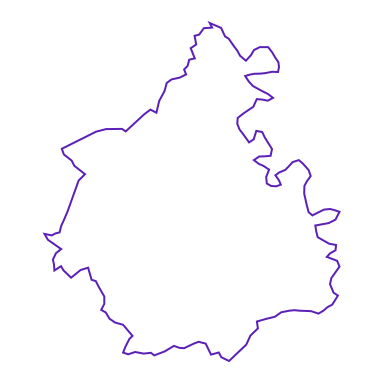 Três Passos, Rio Grande do Sul, Brazil (Robinson projection)
{"feature_id": "56859067B72053715457244", "entity_name": "Três Passos", "entity_type": "district", "adm_level": 2, "iso_a3": "BRA", "parent_name": "Brazil", "parent_adm1": "Rio Grande do Sul", "projection": "robinson", "projection_center": [-53.911, -27.427], "detail": "fine", "context": "isolated", "style": "outline", "palette": "violet", "viewbox_px": 384, "rotation_deg": 0, "n_neighbors": 0, "source": "geoboundaries", "source_scale": "gbopen_adm2", "svg_char_len": 2357}
<svg xmlns="http://www.w3.org/2000/svg" viewBox="0 0 384 384"><path d="M337.9,295.6L333.5,292.6L330.0,284.1L331.4,278.0L339.5,266.6L337.1,260.8L326.8,256.9L330.1,253.3L335.5,250.3L336.1,245.0L329.1,243.7L317.7,237.2L316.3,231.6L315.3,225.5L328.7,223.1L335.5,219.6L339.5,211.8L334.4,210.1L330.0,209.0L324.0,209.6L318.5,212.3L312.4,215.4L308.6,212.1L306.7,204.9L304.2,193.6L304.4,186.0L306.8,181.4L310.7,176.0L308.6,170.1L305.5,166.5L302.7,163.4L298.8,160.1L292.6,162.1L288.8,166.3L285.3,169.9L279.3,172.4L275.4,175.3L279.0,180.4L280.8,184.7L276.1,186.3L271.2,186.0L266.8,183.5L266.2,177.0L269.1,169.6L263.1,165.7L259.0,164.0L253.9,160.1L259.2,156.5L265.3,156.3L270.6,155.8L272.0,149.0L268.8,143.9L264.8,137.5L262.2,132.0L256.3,130.9L253.7,139.3L249.1,142.4L243.7,134.9L239.5,129.4L237.3,123.8L237.7,117.9L243.8,113.2L249.7,109.2L253.3,106.8L256.8,99.1L262.5,99.6L267.7,100.7L273.0,97.9L268.0,94.0L262.4,91.2L257.0,88.3L252.9,86.0L248.7,81.4L245.2,76.0L250.0,74.6L254.0,73.8L260.7,73.6L265.3,73.1L272.1,71.8L278.0,72.0L279.0,67.2L278.4,62.2L275.1,57.4L272.3,52.5L268.1,47.1L259.9,47.1L254.0,50.0L250.8,55.4L245.9,60.7L240.1,55.8L237.3,50.7L233.3,45.3L228.7,38.7L225.0,36.4L221.1,27.9L209.7,23.0L212.1,27.6L203.8,28.2L199.2,34.6L194.6,35.8L196.2,44.5L190.7,48.2L194.8,58.4L189.2,59.7L187.6,65.9L184.1,69.5L186.1,74.4L179.8,77.6L171.6,79.4L166.7,83.0L164.6,90.9L159.2,100.9L156.4,112.7L150.4,109.6L144.2,114.3L125.7,131.4L122.0,128.9L106.0,129.1L96.0,131.7L61.8,148.8L63.9,154.5L71.7,160.6L74.3,165.8L85.0,174.2L78.6,180.6L67.7,211.1L64.0,219.8L61.2,225.9L59.6,232.4L55.5,233.4L51.9,235.4L44.5,233.9L47.9,239.8L61.2,249.1L56.0,253.1L52.9,259.7L54.0,264.4L54.4,270.5L61.0,266.2L63.4,270.3L71.1,277.7L80.6,270.0L88.1,267.7L91.6,279.8L95.8,281.1L98.8,287.0L104.3,296.5L104.3,303.9L101.2,309.9L105.8,312.5L109.5,318.7L115.0,322.5L123.1,324.8L132.5,335.9L129.4,338.9L125.5,346.6L123.1,352.6L128.2,354.3L135.2,352.0L143.7,353.6L150.9,352.8L154.3,355.4L164.9,351.3L173.9,345.9L179.6,347.9L184.1,348.2L193.4,343.8L198.6,341.8L205.7,343.6L211.0,354.6L218.8,352.5L221.3,357.2L229.0,361.0L246.3,344.6L250.4,335.6L257.9,328.4L256.9,321.5L266.8,318.7L274.8,316.8L281.2,312.3L285.2,311.5L289.3,310.7L294.4,310.2L299.6,310.7L305.1,310.9L311.2,311.2L318.5,313.6L323.7,310.5L327.4,307.2L332.2,304.7L335.1,300.1L337.9,295.6Z" fill="none" stroke="#5b21b6" stroke-width="2"/></svg>